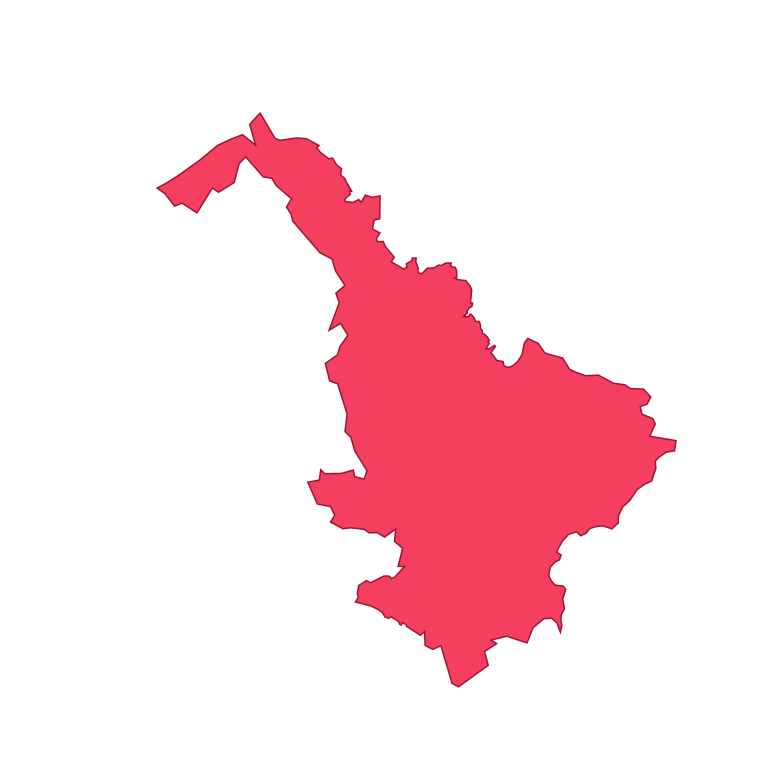 outline of Kokkina, Nicosia, Cyprus, rotated 134°
{"feature_id": "46923920B39759064245656", "entity_name": "Kokkina", "entity_type": "district", "adm_level": 2, "iso_a3": "CYP", "parent_name": "Cyprus", "parent_adm1": "Nicosia", "projection": "mercator", "projection_center": [32.601, 35.162], "detail": "fine", "context": "isolated", "style": "filled", "palette": "rose", "viewbox_px": 768, "rotation_deg": 134, "n_neighbors": 0, "source": "geoboundaries", "source_scale": "gbopen_adm2", "svg_char_len": 3500}
<svg xmlns="http://www.w3.org/2000/svg" viewBox="0 0 768 768"><g transform="rotate(134 384 384)"><path d="M278.1,661.3L290.6,660.9L301.3,642.5L301.6,644.9L303.0,659.0L314.2,664.2L327.9,669.5L350.8,672.0L363.4,674.3L376.4,676.7L389.6,679.8L400.7,683.3L399.2,674.0L401.5,658.2L394.2,654.9L390.8,637.4L362.2,643.6L361.0,636.2L343.1,631.7L326.2,641.3L316.7,641.3L318.9,614.8L313.9,607.5L316.1,599.6L315.0,579.3L324.5,577.0L326.2,569.1L330.2,562.9L334.1,521.2L330.2,508.2L336.3,497.5L340.3,480.6L352.1,481.7L356.6,472.7L383.5,460.8L370.6,457.4L374.0,443.9L388.0,441.6L395.3,437.7L409.9,440.5L419.5,425.3L416.1,417.4L431.2,389.7L445.3,379.0L445.3,371.1L452.6,358.1L458.2,336.1L466.1,332.2L471.1,340.7L467.2,346.3L477.9,352.5L489.6,364.3L489.6,370.0L498.1,363.8L507.6,370.6L516.6,348.6L509.3,337.3L512.7,328.2L520.5,326.6L516.6,313.0L510.4,307.9L502.2,297.1L501.4,291.4L495.7,285.6L493.6,277.2L480.3,274.9L489.9,267.0L489.2,256.6L505.3,247.1L501.0,242.5L515.5,242.1L518.5,243.4L518.7,246.9L522.1,250.6L536.4,255.7L537.6,260.1L546.5,262.2L553.4,257.5L555.0,254.3L560.6,253.1L552.5,238.8L550.2,231.2L549.5,226.3L550.9,221.6L549.4,217.9L546.5,217.3L544.7,208.4L546.0,205.9L545.4,204.0L542.8,205.1L541.9,201.3L542.6,199.2L539.5,183.3L533.8,182.9L543.5,172.8L541.0,164.5L532.7,161.3L552.1,127.0L550.0,120.1L514.0,113.6L506.5,125.9L492.5,122.6L493.9,129.1L480.2,120.5L470.9,101.3L455.8,107.5L441.8,106.0L436.0,100.6L435.7,93.4L438.5,88.3L440.0,84.7L434.2,88.3L430.3,93.4L426.7,96.3L420.2,98.1L417.3,102.4L414.1,106.4L408.7,108.9L405.5,110.7L404.8,114.7L409.8,121.2L409.4,126.6L407.6,132.0L404.4,134.6L400.1,137.1L393.6,137.4L388.6,135.6L383.9,137.8L385.0,142.9L380.3,144.7L372.8,146.5L363.8,146.8L360.2,144.7L356.6,142.9L356.6,137.1L350.8,134.9L345.1,135.6L339.7,132.7L334.3,128.4L331.8,123.7L330.0,119.4L321.2,119.0L315.6,124.0L306.6,126.9L297.0,126.3L290.9,127.4L284.1,128.6L275.1,126.9L267.8,124.0L262.2,126.9L256.0,129.7L251.0,135.3L245.4,135.3L236.9,133.6L230.2,128.6L221.9,134.6L237.0,156.6L224.3,161.1L222.2,166.7L226.5,177.5L222.2,184.0L215.7,180.8L208.0,183.1L207.4,193.8L216.4,203.9L217.1,210.0L224.0,219.4L228.7,236.0L238.0,244.7L242.3,254.1L244.5,260.9L241.2,273.5L248.4,286.5L249.9,290.2L247.7,301.3L251.3,312.2L257.0,311.5L266.7,305.3L274.3,303.5L281.1,303.9L285.8,306.0L287.6,310.4L285.1,314.0L288.7,319.0L287.6,324.8L287.2,328.8L279.5,329.9L279.5,331.3L285.7,332.8L288.0,335.0L281.6,336.5L281.3,338.8L279.5,338.4L278.4,342.4L278.4,345.8L279.0,348.7L277.1,350.8L277.2,352.9L274.3,356.0L272.9,359.1L275.4,361.5L273.7,365.4L273.4,369.6L274.1,370.6L275.5,370.2L277.0,370.0L280.1,373.5L275.0,373.4L273.6,375.0L269.9,375.6L267.2,374.7L264.2,376.4L265.7,378.0L255.5,386.2L253.7,390.0L252.8,397.1L257.0,402.4L258.8,406.9L256.5,405.9L251.9,410.7L250.6,413.9L252.3,415.7L252.3,418.7L250.3,419.7L254.5,423.9L258.8,424.9L260.4,427.3L265.6,428.6L270.6,433.2L278.4,433.5L279.9,435.8L279.4,438.3L277.1,439.5L274.0,446.0L271.0,448.4L273.8,451.1L275.9,449.7L282.1,451.4L284.1,448.7L287.7,449.7L291.0,463.6L285.7,464.6L284.1,478.9L282.0,483.5L286.1,487.4L284.8,490.4L278.1,491.8L280.6,499.9L272.8,505.0L268.2,501.8L251.4,517.5L257.8,522.0L261.2,528.7L269.1,526.5L268.8,530.3L274.9,532.4L279.6,538.6L278.1,540.8L271.0,539.9L269.6,542.6L267.8,541.2L264.9,551.3L263.4,554.9L263.8,560.3L258.5,564.2L259.4,570.0L258.8,572.2L257.2,577.9L260.4,580.4L261.6,590.6L260.7,596.7L257.6,596.4L261.5,610.4L267.9,618.0L281.0,628.1L283.0,633.0L275.2,661.2L278.1,661.3Z" fill="#f43f5e" stroke="#9f1239" stroke-width="1.5"/></g></svg>